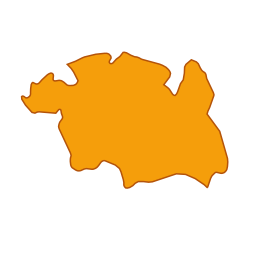 Carabobo, Mercator projection, rotated 162°
{"feature_id": "VEN-33", "entity_name": "Carabobo", "entity_type": "State", "adm_level": 1, "iso_a3": "VEN", "parent_name": "Venezuela", "parent_adm1": "", "projection": "mercator", "projection_center": [-67.927, 10.207], "detail": "fine", "context": "isolated", "style": "filled", "palette": "amber", "viewbox_px": 256, "rotation_deg": 162, "n_neighbors": 0, "source": "natural_earth", "source_scale": "10m", "svg_char_len": 2616}
<svg xmlns="http://www.w3.org/2000/svg" viewBox="0 0 256 256"><g transform="rotate(162 128 128)"><path d="M71.1,47.0L73.0,50.5L79.7,59.1L87.6,66.1L96.2,69.5L121.4,69.3L125.1,70.1L129.9,72.3L134.8,73.9L138.3,73.2L141.2,71.7L144.8,70.9L147.3,71.1L148.8,71.8L149.5,73.4L149.6,75.0L148.8,77.4L148.4,80.3L148.2,88.5L148.6,92.1L151.5,96.7L160.0,104.0L160.9,104.4L162.0,104.5L163.1,104.3L164.1,103.9L165.0,103.3L167.4,101.5L169.2,100.4L170.2,100.0L171.3,99.7L172.5,99.6L173.8,99.6L175.0,99.9L180.0,102.2L181.2,102.4L182.4,102.5L186.0,102.1L187.1,102.2L188.2,102.5L189.2,102.9L190.1,103.6L190.9,104.4L193.3,107.4L193.8,108.7L193.9,110.5L193.2,114.0L192.6,115.8L192.0,117.2L190.7,119.2L190.5,120.3L190.5,122.3L193.7,148.2L193.7,149.6L193.5,151.0L192.5,152.8L191.7,153.9L190.9,154.8L187.6,157.2L187.0,158.1L186.7,159.3L186.8,162.5L186.6,163.9L186.4,165.1L186.4,166.2L187.0,166.8L188.2,166.9L192.1,164.4L207.4,170.8L208.3,171.0L209.3,171.2L210.3,171.1L211.9,170.9L214.5,172.5L218.4,181.4L220.1,188.2L219.5,190.7L218.7,191.0L217.9,190.7L217.2,190.1L216.0,188.4L215.0,187.9L213.6,187.9L211.7,188.6L210.7,189.5L210.1,190.6L209.8,191.7L208.4,195.5L206.7,199.1L205.5,200.4L204.4,200.7L202.2,198.6L201.4,198.1L200.3,197.9L199.3,198.0L198.4,198.4L194.8,200.5L188.3,203.5L186.3,204.0L184.6,204.1L183.6,203.7L182.9,203.0L182.6,202.0L182.7,201.0L183.1,200.0L184.0,198.0L184.3,197.1L184.1,196.3L183.5,195.6L182.5,195.2L178.7,194.6L177.7,194.1L176.8,193.6L176.1,192.9L174.8,191.3L172.7,187.8L172.1,187.2L170.9,186.6L169.4,186.1L166.8,185.4L165.2,185.5L164.0,185.7L162.3,186.8L160.9,188.4L162.4,198.0L163.6,202.1L166.1,207.3L157.3,207.7L150.0,208.8L147.4,209.0L135.9,208.1L127.4,206.3L125.2,205.6L124.1,204.9L123.2,204.0L122.2,201.7L122.3,200.5L122.6,199.6L125.0,197.4L125.5,196.5L125.4,195.6L124.9,194.7L123.7,194.3L122.9,194.3L122.1,194.6L117.8,197.1L113.6,198.5L109.3,201.4L108.0,201.1L106.1,199.9L102.9,196.4L99.7,193.7L97.7,192.8L95.9,191.4L94.0,189.4L93.1,188.7L78.3,179.0L75.8,176.9L73.1,174.0L71.6,171.3L71.0,169.7L70.7,168.2L70.7,166.8L72.6,163.7L80.6,158.1L77.7,154.0L76.7,152.1L75.2,146.5L74.7,145.6L74.0,144.8L73.1,144.4L71.4,145.3L69.8,146.9L64.3,154.0L60.6,156.7L57.5,162.6L55.3,168.5L53.2,170.6L46.7,173.3L42.6,169.8L41.3,167.4L40.7,162.7L40.0,159.9L39.1,158.4L37.9,157.0L37.5,155.8L37.4,154.6L37.9,150.7L35.9,135.2L36.0,133.0L36.5,132.1L44.0,122.3L46.8,119.3L48.5,116.8L41.8,96.5L42.8,68.3L43.6,64.9L45.3,60.7L46.8,58.1L47.5,57.4L48.3,56.8L49.2,56.3L50.2,55.9L51.4,55.8L52.7,55.9L53.8,56.3L57.3,58.4L58.2,58.7L59.2,58.5L62.8,56.7L64.9,54.7L70.4,47.3L71.1,47.0Z" fill="#f59e0b" stroke="#b45309" stroke-width="1.5"/></g></svg>